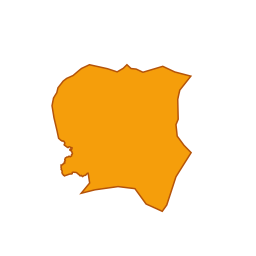 the district of Bayan agt, Bulgan, Mongolia, rotated 40°
{"feature_id": "93677404B8492379559431", "entity_name": "Bayan agt", "entity_type": "district", "adm_level": 2, "iso_a3": "MNG", "parent_name": "Mongolia", "parent_adm1": "Bulgan", "projection": "mercator", "projection_center": [101.968, 49.112], "detail": "fine", "context": "isolated", "style": "filled", "palette": "amber", "viewbox_px": 256, "rotation_deg": 40, "n_neighbors": 0, "source": "geoboundaries", "source_scale": "gbopen_adm2", "svg_char_len": 4349}
<svg xmlns="http://www.w3.org/2000/svg" viewBox="0 0 256 256"><g transform="rotate(40 128 128)"><path d="M207.8,169.8L207.2,162.1L196.1,134.6L195.7,131.9L195.2,128.4L192.2,106.3L182.0,105.3L170.9,102.6L162.6,94.6L160.8,89.0L160.7,88.9L147.7,74.1L145.2,69.4L143.3,65.6L142.8,47.9L127.8,55.0L115.0,58.4L103.6,75.7L96.4,77.6L92.1,80.5L86.5,80.2L86.0,85.3L83.6,92.0L74.1,95.8L57.8,104.3L54.1,112.3L53.5,115.4L52.2,123.1L49.1,129.5L48.2,133.8L48.5,142.2L50.8,146.8L51.0,148.6L51.7,153.0L51.8,153.0L53.1,155.5L55.5,159.8L56.9,161.0L64.8,167.8L75.5,175.8L81.5,180.5L82.0,180.5L82.3,180.5L82.5,180.5L82.8,180.5L83.1,180.5L83.3,180.5L83.5,180.5L83.8,180.6L84.2,180.6L84.5,180.6L84.9,180.4L85.2,180.3L85.4,180.3L85.6,180.4L85.8,180.4L86.0,180.4L86.1,180.1L86.3,179.8L86.4,179.7L86.6,179.6L86.8,179.6L87.0,179.6L87.5,179.4L88.0,179.5L88.4,179.8L88.7,179.8L88.9,179.9L89.2,180.0L89.4,180.2L89.5,180.6L89.6,181.0L89.6,181.4L89.7,181.6L89.9,181.9L90.1,182.0L90.3,182.0L90.5,182.0L90.8,181.8L91.2,181.9L91.4,181.9L91.7,182.0L92.0,181.9L92.5,181.8L93.0,181.8L93.4,181.8L93.7,181.8L94.1,181.8L94.5,181.6L94.8,181.4L94.8,181.1L94.8,180.8L94.8,180.6L95.0,180.3L95.2,180.1L95.4,179.9L95.8,179.8L96.2,179.8L96.5,179.8L96.8,179.7L97.0,179.6L97.3,179.4L97.4,179.2L97.6,179.1L97.8,179.1L98.0,179.2L98.1,179.4L98.2,179.7L98.3,180.0L98.5,180.3L98.5,180.5L98.6,180.9L98.6,181.3L98.4,181.5L98.2,181.6L97.6,181.4L97.3,181.3L97.3,181.6L97.4,182.0L97.5,182.1L97.7,182.3L98.1,182.3L98.6,182.2L98.9,182.1L99.2,182.1L99.4,182.1L99.6,182.1L99.8,182.1L100.0,182.1L100.3,182.3L100.5,182.5L100.9,182.8L101.1,182.9L101.2,183.0L101.5,183.0L101.8,183.2L102.0,183.5L102.1,183.9L102.1,184.2L102.0,184.3L101.9,184.5L102.0,184.9L102.0,185.0L102.4,185.2L102.5,185.3L102.7,185.5L102.7,185.8L102.5,186.0L102.4,186.4L102.4,186.6L102.4,186.9L102.3,187.1L102.1,187.2L101.9,187.3L101.7,187.4L101.1,187.4L101.0,187.5L100.9,187.6L100.8,187.8L100.8,188.3L100.7,188.6L100.5,189.0L100.2,189.2L100.0,189.3L99.9,189.5L99.7,189.8L99.7,190.0L99.7,190.3L99.6,190.6L99.5,190.8L99.4,190.9L99.3,191.1L99.3,191.3L99.3,191.5L99.5,191.8L99.6,192.0L99.7,192.5L99.8,192.7L99.9,192.9L100.0,193.0L100.3,193.0L100.5,193.0L100.8,193.1L100.8,193.4L100.8,193.6L100.8,193.8L100.9,194.1L101.0,194.2L101.2,194.3L101.3,194.4L101.4,194.5L101.2,194.8L101.1,195.0L101.2,195.3L101.3,195.3L101.5,195.3L101.8,195.4L102.0,195.5L101.8,195.9L101.8,196.1L101.7,196.2L101.7,196.4L101.7,196.5L101.6,196.8L101.4,197.1L101.5,197.2L101.5,197.5L101.5,197.8L101.4,197.9L101.2,198.1L101.1,198.4L101.1,198.5L101.2,198.9L101.2,199.0L100.9,199.3L100.7,199.4L100.6,199.5L100.8,199.6L101.0,199.7L101.0,199.8L101.1,200.0L101.3,200.4L101.5,200.5L101.8,200.7L101.9,200.9L102.0,201.2L102.2,201.4L102.3,201.5L102.6,201.6L102.9,201.7L103.0,201.8L103.1,202.1L103.2,202.4L103.3,202.6L103.5,202.8L103.9,202.8L104.1,202.8L104.4,202.9L104.6,203.0L105.0,203.2L105.3,203.5L105.5,203.7L105.7,203.9L105.8,204.2L106.0,204.5L106.3,204.8L106.6,204.9L106.8,205.0L107.0,205.1L107.3,205.3L107.5,205.3L107.8,205.3L108.1,205.3L108.5,205.4L108.6,205.5L108.8,205.6L109.0,205.7L109.4,205.6L109.5,205.5L109.7,205.3L109.9,205.2L110.1,205.2L110.2,205.3L110.3,205.1L110.5,204.9L110.6,204.7L110.8,204.3L110.9,204.1L111.1,203.9L111.3,203.5L111.5,203.2L111.7,202.7L111.9,202.6L112.0,202.3L112.2,202.0L112.4,201.6L112.5,201.3L112.7,201.1L112.9,200.9L113.1,200.7L113.3,200.4L113.6,200.1L113.8,199.9L114.0,199.8L114.3,199.5L114.5,199.2L114.6,198.8L114.5,198.6L114.2,198.3L114.0,198.1L113.9,197.8L114.0,197.7L114.3,197.3L114.5,197.0L114.7,196.8L115.0,196.6L115.6,196.3L115.9,196.1L116.2,195.8L116.6,195.5L116.9,195.4L117.3,195.3L117.6,195.3L117.9,195.2L118.2,195.3L118.6,195.2L118.9,195.2L119.2,195.3L119.5,195.3L119.8,195.4L120.1,195.3L120.4,195.2L120.6,195.2L120.8,195.2L121.0,195.3L121.8,195.5L122.1,195.4L122.3,195.2L122.4,194.8L122.5,194.6L122.6,194.4L122.9,194.3L123.2,194.3L123.4,194.4L123.6,194.5L124.0,194.5L124.3,194.5L124.5,194.4L124.6,194.1L124.6,193.9L124.6,193.6L124.7,193.2L124.8,192.8L125.0,192.5L125.1,192.3L125.4,192.1L125.7,191.8L125.8,191.6L125.8,191.4L125.8,191.2L125.9,190.9L125.9,190.7L126.0,190.5L125.9,189.6L125.9,189.4L125.9,189.1L126.0,188.8L126.2,188.6L126.5,188.3L128.2,189.7L134.0,194.8L134.0,197.8L134.1,208.1L135.4,206.3L139.0,201.3L142.4,196.6L158.0,179.3L172.3,170.0L190.7,174.6L207.8,169.8Z" fill="#f59e0b" stroke="#b45309" stroke-width="1.5"/></g></svg>